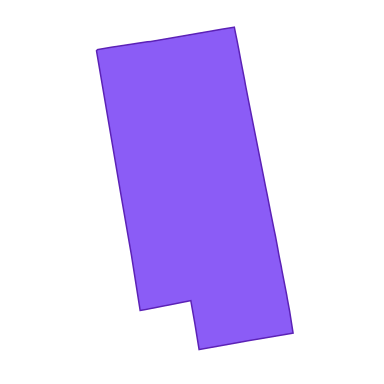 outline of Fulton, Arkansas, United States of America, rotated 79°
{"feature_id": "52423323B70135651340823", "entity_name": "Fulton", "entity_type": "district", "adm_level": 2, "iso_a3": "USA", "parent_name": "United States of America", "parent_adm1": "Arkansas", "projection": "equal_earth", "projection_center": [-91.82, 36.375], "detail": "fine", "context": "isolated", "style": "filled", "palette": "violet", "viewbox_px": 384, "rotation_deg": 79, "n_neighbors": 0, "source": "geoboundaries", "source_scale": "gbopen_adm2", "svg_char_len": 741}
<svg xmlns="http://www.w3.org/2000/svg" viewBox="0 0 384 384"><g transform="rotate(79 192 192)"><path d="M51.6,118.9L43.9,119.0L38.3,119.0L37.9,131.0L36.4,204.2L36.0,207.1L34.5,243.3L34.2,257.5L35.1,258.8L177.9,262.2L242.5,263.5L298.4,265.5L298.5,261.0L298.4,213.9L322.2,214.3L348.0,215.1L348.7,166.1L349.8,119.7L327.5,118.9L314.4,118.8L311.2,118.7L310.1,118.7L305.7,118.7L284.8,118.7L282.5,118.6L275.2,118.7L269.1,118.7L264.2,118.6L250.9,118.5L244.8,118.6L244.1,118.6L226.8,118.7L209.2,118.7L200.9,118.8L194.4,118.8L193.2,118.8L191.5,118.8L165.5,118.9L164.8,118.9L111.5,119.1L110.2,119.1L96.6,119.1L92.3,119.0L80.4,119.0L79.7,119.0L71.8,119.0L61.4,118.9L51.7,118.9L51.6,118.9Z" fill="#8b5cf6" stroke="#5b21b6" stroke-width="1.5"/></g></svg>